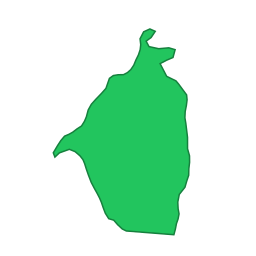 the district of Japaratinga, Alagoas, Brazil, rotated 191°
{"feature_id": "56859067B76266642594277", "entity_name": "Japaratinga", "entity_type": "district", "adm_level": 2, "iso_a3": "BRA", "parent_name": "Brazil", "parent_adm1": "Alagoas", "projection": "robinson", "projection_center": [-35.291, -9.093], "detail": "fine", "context": "isolated", "style": "filled", "palette": "green", "viewbox_px": 256, "rotation_deg": 191, "n_neighbors": 0, "source": "geoboundaries", "source_scale": "gbopen_adm2", "svg_char_len": 1151}
<svg xmlns="http://www.w3.org/2000/svg" viewBox="0 0 256 256"><g transform="rotate(191 128 128)"><path d="M194.2,85.5L190.6,90.5L186.9,92.7L181.5,95.9L175.4,94.7L169.8,91.5L166.2,88.4L163.8,84.8L161.1,79.8L157.9,74.3L153.7,67.6L149.3,62.1L145.6,57.7L142.6,53.9L139.9,49.9L137.1,45.0L134.0,40.0L129.6,35.3L124.4,34.8L119.7,31.1L114.4,27.8L110.0,26.6L62.6,32.0L62.2,37.7L62.2,43.4L61.5,48.2L61.5,53.4L63.4,58.3L65.0,64.8L65.0,72.6L60.8,80.7L60.2,87.3L59.4,93.2L60.5,99.6L61.0,106.1L62.3,112.4L65.6,119.0L67.8,130.2L72.2,143.8L74.1,148.9L75.0,155.1L75.0,161.3L75.4,167.0L76.8,171.7L86.6,180.7L89.9,183.4L99.9,186.1L108.8,197.3L103.2,201.8L97.3,205.8L96.7,213.9L103.2,214.5L113.0,211.7L122.9,211.9L126.8,216.7L122.6,221.2L119.7,228.1L125.4,229.4L131.0,225.4L133.2,217.9L131.4,212.2L131.0,207.2L131.7,201.8L133.2,196.3L134.3,190.8L136.4,185.8L139.2,182.2L142.6,179.5L147.8,178.4L152.4,176.7L155.7,173.2L157.2,162.7L160.7,156.8L165.1,150.0L168.5,144.3L170.5,138.1L171.0,131.0L172.0,126.3L174.0,121.1L177.7,117.6L181.5,113.3L184.7,110.6L188.7,107.9L191.5,102.9L193.7,97.5L196.6,89.4L194.2,85.5Z" fill="#22c55e" stroke="#15803d" stroke-width="1.5"/></g></svg>